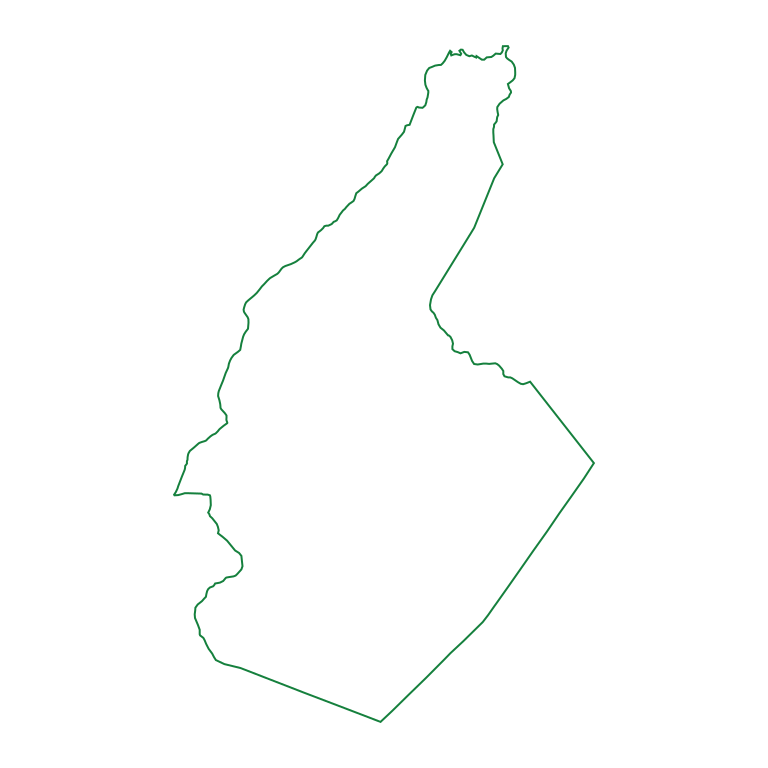 Lafey, North-Eastern, Kenya (Mercator projection)
{"feature_id": "3690345B88001194641971", "entity_name": "Lafey", "entity_type": "district", "adm_level": 2, "iso_a3": "KEN", "parent_name": "Kenya", "parent_adm1": "North-Eastern", "projection": "mercator", "projection_center": [41.132, 3.486], "detail": "fine", "context": "isolated", "style": "outline", "palette": "green", "viewbox_px": 768, "rotation_deg": 0, "n_neighbors": 0, "source": "geoboundaries", "source_scale": "gbopen_adm2", "svg_char_len": 5510}
<svg xmlns="http://www.w3.org/2000/svg" viewBox="0 0 768 768"><path d="M593.9,463.1L530.1,381.7L526.0,383.3L523.1,384.2L520.8,383.8L518.0,382.2L514.5,379.8L512.3,378.3L510.3,377.4L508.2,377.4L504.5,376.3L503.3,374.1L503.3,371.0L501.8,368.7L499.1,365.6L497.2,364.1L495.3,363.3L492.1,363.6L489.2,363.9L486.2,363.6L483.2,363.6L480.9,364.0L477.7,364.5L474.1,364.0L472.1,361.0L469.6,354.7L468.0,352.3L464.3,351.9L460.5,353.3L457.7,352.1L454.6,351.2L452.4,349.1L452.4,346.3L453.0,343.7L452.2,340.3L450.4,336.8L448.6,335.3L448.0,335.3L443.9,330.4L440.5,327.7L438.5,324.3L437.4,320.1L435.9,317.8L434.8,314.7L433.5,312.8L431.9,311.4L430.5,309.4L430.0,305.1L431.0,299.4L432.4,295.3L435.1,291.1L456.1,257.1L468.7,236.7L469.2,235.8L469.7,235.1L474.2,227.7L494.2,178.2L502.7,164.3L493.8,142.2L493.5,135.5L493.3,132.5L493.3,129.1L494.0,126.9L494.1,124.5L495.4,123.0L496.6,121.4L497.2,117.1L498.2,115.0L497.6,112.0L497.2,109.2L497.3,107.1L499.6,103.7L503.4,100.4L506.3,98.9L508.8,97.0L509.7,94.5L511.0,92.6L510.9,91.2L510.6,90.6L509.1,88.3L507.9,84.0L510.0,82.5L512.7,80.4L514.5,78.2L515.2,74.9L515.2,72.2L515.0,67.9L513.8,64.6L511.7,61.6L509.1,59.9L507.1,58.4L506.0,57.0L505.7,53.3L506.6,50.6L508.6,47.6L507.9,46.1L502.9,46.2L502.5,48.4L502.8,50.4L501.8,52.5L500.4,54.0L498.2,53.8L495.7,53.6L493.3,55.7L491.3,57.0L488.8,57.2L486.7,57.4L484.2,59.7L481.9,59.7L476.5,56.1L476.2,57.5L474.5,56.8L471.9,55.5L469.3,56.2L466.3,54.9L464.1,52.4L462.6,49.8L460.9,49.6L459.4,50.8L460.4,52.4L461.2,53.8L460.4,55.2L458.2,54.6L456.7,54.2L454.8,54.2L453.1,54.7L451.3,55.4L450.7,53.8L451.6,52.1L450.1,50.8L449.0,52.6L446.8,57.1L444.7,60.8L442.7,63.3L441.0,64.9L438.8,65.0L435.1,65.6L432.3,66.8L429.2,68.0L427.1,70.6L425.3,74.9L424.9,80.4L425.4,84.7L426.5,87.7L427.6,89.8L427.9,90.3L428.3,90.8L428.3,92.7L427.5,97.5L426.7,99.5L426.3,102.2L425.3,105.3L423.3,107.2L422.5,107.8L418.8,107.5L418.4,107.2L417.3,106.9L416.8,107.3L416.3,107.6L413.4,114.9L409.6,124.8L407.0,125.3L406.3,125.6L405.5,126.0L405.1,127.7L404.0,131.8L401.8,134.7L398.1,138.9L396.9,142.0L395.0,147.2L391.3,153.5L388.6,158.6L387.1,161.2L387.3,163.2L387.1,163.9L386.7,164.5L384.8,166.4L383.2,168.6L382.3,170.1L381.9,170.8L381.4,171.4L379.2,173.4L375.9,175.5L374.6,177.2L374.4,177.7L374.0,178.3L371.1,180.9L367.9,183.7L365.6,186.2L361.9,188.6L358.4,191.6L356.3,193.2L355.4,195.9L354.5,199.0L353.5,201.0L351.4,202.5L349.4,203.8L346.4,207.0L344.9,208.9L343.0,210.5L341.5,212.5L339.7,214.8L338.0,218.3L336.7,220.4L335.1,221.3L334.4,221.6L333.7,221.8L332.3,223.4L331.6,224.1L328.2,225.7L326.2,225.7L324.4,226.2L323.1,228.1L321.0,230.2L320.3,230.7L319.5,231.4L318.4,232.1L318.0,232.5L317.7,233.0L317.2,234.1L316.6,236.1L316.4,236.9L316.1,237.7L315.6,239.2L315.3,239.8L314.9,240.5L312.8,242.9L306.0,251.6L305.5,252.3L305.0,252.9L304.0,254.4L303.5,255.2L303.0,256.0L302.1,257.3L301.5,257.8L300.2,258.6L298.5,259.8L296.7,261.2L294.8,262.3L290.9,264.1L286.0,265.8L285.3,266.0L284.7,266.4L283.2,267.1L281.6,268.6L279.9,270.9L279.4,271.6L278.8,272.4L277.6,273.6L276.9,274.1L274.6,275.4L270.9,277.6L270.1,278.1L269.4,278.7L267.1,280.9L263.9,284.4L261.9,286.4L259.7,289.3L256.8,292.9L254.2,295.4L251.6,297.6L250.0,298.9L248.0,300.6L246.1,302.4L245.1,304.4L244.1,307.6L243.6,309.6L243.9,311.5L244.2,312.2L244.7,313.0L247.7,317.3L248.4,319.2L248.5,322.7L248.0,328.7L247.6,329.3L245.8,331.6L244.1,334.3L243.1,336.8L241.3,343.7L240.9,346.3L240.2,349.9L238.0,351.8L233.7,354.9L231.5,357.9L230.1,360.5L228.9,363.7L228.3,367.0L228.0,368.0L227.6,368.9L225.7,373.0L223.0,380.7L221.1,385.3L218.8,391.1L218.3,393.2L218.1,396.0L219.4,400.2L220.2,404.0L220.3,404.9L220.4,405.9L220.5,407.8L220.9,408.6L221.4,409.4L224.8,413.1L225.9,414.6L226.5,415.5L226.5,416.9L226.5,417.7L226.4,419.2L226.4,419.8L226.5,420.4L227.3,422.6L227.2,423.2L223.7,425.7L219.9,428.8L219.4,429.3L218.8,430.0L217.8,431.3L216.3,432.8L215.9,433.2L215.4,433.6L213.6,434.4L212.9,434.7L212.2,435.1L210.4,436.4L208.5,438.1L207.8,438.7L207.2,439.4L206.1,440.5L205.5,440.8L204.8,441.1L201.8,442.0L199.9,442.7L199.2,443.0L198.4,443.6L193.9,447.6L189.9,450.9L188.7,452.9L188.4,453.6L188.1,454.4L187.6,457.2L187.5,459.6L187.3,460.4L187.0,460.9L186.9,461.6L186.9,462.5L187.0,463.3L186.6,464.1L185.2,465.9L185.1,467.2L185.1,467.8L184.7,469.7L181.9,476.6L178.2,486.2L177.7,487.8L177.5,488.5L175.8,492.1L174.1,494.7L174.5,495.3L178.1,495.1L181.5,494.2L184.8,493.2L187.9,493.2L201.5,493.6L203.1,494.5L205.6,494.6L207.7,494.6L209.9,495.3L210.1,495.9L210.3,496.6L210.6,499.8L210.8,505.2L209.8,509.3L208.6,511.8L208.2,512.6L209.3,514.1L210.0,516.2L212.2,518.2L216.8,524.0L217.9,526.8L218.7,530.3L218.0,533.3L222.8,537.0L227.1,540.7L235.1,550.5L239.1,553.0L241.4,555.9L242.0,561.7L242.5,566.2L241.4,569.4L237.1,574.2L235.6,575.6L233.5,576.4L228.9,577.1L226.6,577.5L226.1,577.7L225.6,578.1L223.2,581.0L220.0,582.6L216.9,583.2L216.1,583.3L215.1,583.5L214.2,585.1L213.7,585.7L213.1,586.3L209.9,587.5L208.1,589.2L207.1,591.2L206.4,594.0L205.9,596.8L204.0,598.8L202.0,601.1L197.7,604.5L195.4,607.7L195.2,610.6L194.7,614.3L195.0,618.0L198.0,625.1L199.7,629.8L199.7,632.6L199.7,634.3L199.9,634.8L200.1,635.4L203.0,637.6L203.5,638.1L204.7,640.4L206.1,643.8L206.8,645.2L208.7,648.9L212.2,653.6L214.0,657.1L215.9,660.1L224.4,664.1L240.4,668.0L303.3,692.4L355.0,712.1L380.5,721.9L392.0,711.1L408.5,694.9L425.8,678.1L444.4,659.4L450.5,653.1L463.5,641.0L482.8,622.0L488.1,615.1L494.7,605.7L495.8,604.2L508.4,586.4L521.0,568.4L531.8,552.9L533.9,549.9L547.0,531.5L559.3,513.4L572.2,495.2L583.9,478.5L593.9,463.1Z" fill="none" stroke="#15803d" stroke-width="2"/></svg>